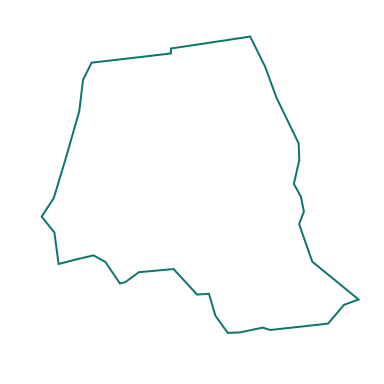 Madaoua, Tahoua, Niger (Natural Earth projection), rotated 83°
{"feature_id": "23599985B88186704259068", "entity_name": "Madaoua", "entity_type": "district", "adm_level": 2, "iso_a3": "NER", "parent_name": "Niger", "parent_adm1": "Tahoua", "projection": "natural_earth1", "projection_center": [6.217, 14.01], "detail": "fine", "context": "isolated", "style": "outline", "palette": "teal", "viewbox_px": 384, "rotation_deg": 83, "n_neighbors": 0, "source": "geoboundaries", "source_scale": "gbopen_adm2", "svg_char_len": 625}
<svg xmlns="http://www.w3.org/2000/svg" viewBox="0 0 384 384"><g transform="rotate(83 192 192)"><path d="M51.4,275.9L67.4,286.5L97.9,294.0L142.8,313.0L181.1,329.9L198.1,344.2L215.6,333.5L247.2,333.2L244.9,316.0L242.9,297.5L250.9,286.5L274.0,274.7L273.3,269.1L265.1,254.5L265.3,249.1L266.2,219.7L294.4,199.5L295.1,187.6L317.7,183.8L336.2,173.7L337.2,161.5L335.2,138.3L338.5,131.2L339.2,73.0L322.5,54.9L319.0,39.8L307.8,50.5L275.8,81.1L237.0,89.6L225.1,83.3L209.9,84.5L196.4,89.9L173.3,81.6L156.8,80.2L108.6,96.7L76.7,104.1L44.8,115.3L47.0,195.5L51.9,196.0L51.4,275.9Z" fill="none" stroke="#0f766e" stroke-width="2"/></g></svg>